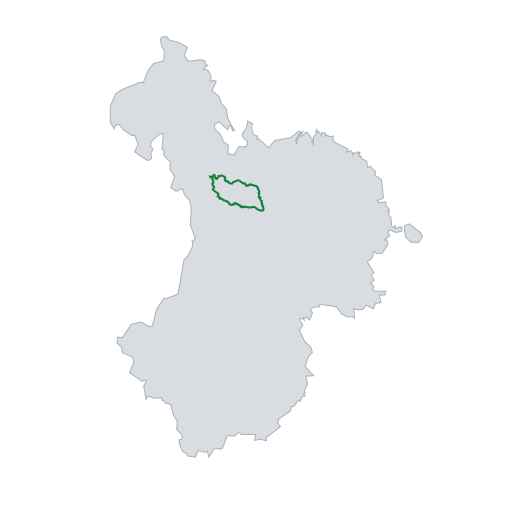 location of Shanxi within China, rotated 277°
{"feature_id": "CHN-1805", "entity_name": "Shanxi", "entity_type": "Province", "adm_level": 1, "iso_a3": "CHN", "parent_name": "China", "parent_adm1": "", "projection": "equal_earth", "projection_center": [112.547, 37.663], "detail": "fine", "context": "in_parent", "style": "outline", "palette": "green", "viewbox_px": 512, "rotation_deg": 277, "n_neighbors": 0, "source": "natural_earth", "source_scale": "10m", "svg_char_len": 9017}
<svg xmlns="http://www.w3.org/2000/svg" viewBox="0 0 512 512"><g transform="rotate(277 256 256)"><path d="M283.7,385.5L274.0,380.8L273.2,375.5L275.0,372.7L268.0,371.3L263.8,367.1L253.7,375.1L251.3,372.7L246.5,376.1L242.7,373.0L240.1,376.8L237.0,375.7L235.5,378.0L236.8,389.1L233.2,388.7L232.1,383.0L225.0,385.8L223.4,380.3L217.9,379.0L220.6,370.9L215.9,368.6L214.8,361.5L216.0,359.3L206.5,361.4L207.7,358.3L206.5,354.2L208.9,348.1L215.4,342.0L216.0,325.2L213.4,325.4L212.2,319.6L209.2,316.1L206.6,318.9L199.1,317.0L201.4,313.5L200.5,310.7L198.3,312.0L200.0,308.8L197.8,306.9L192.9,310.9L187.4,308.2L177.0,314.8L172.3,321.5L167.1,323.6L162.2,320.2L152.3,318.1L144.2,327.7L142.8,320.1L135.2,322.8L128.1,320.0L126.4,321.7L124.6,319.9L123.4,321.9L121.4,318.3L117.3,317.9L117.8,315.2L111.3,312.1L110.7,309.1L106.9,309.4L96.8,298.3L92.2,298.2L89.7,301.1L76.7,288.0L74.0,288.9L74.6,282.6L72.8,277.3L78.8,277.4L77.1,263.1L79.2,260.3L74.8,257.0L74.1,249.3L61.4,246.2L59.9,243.9L60.3,238.4L50.7,233.8L56.3,231.5L55.0,229.5L55.9,222.2L49.0,220.3L49.2,212.6L51.3,211.5L52.7,207.2L59.2,203.3L64.4,202.0L64.7,204.9L69.2,204.5L74.3,198.4L82.7,198.0L87.6,193.6L98.5,189.3L99.0,183.8L101.8,182.0L101.0,180.5L103.9,179.4L102.4,171.2L104.2,165.9L100.4,164.4L113.2,160.4L118.4,162.3L119.4,159.8L117.7,158.3L124.7,144.7L135.7,147.8L140.6,145.8L143.7,135.3L149.5,133.5L152.4,128.9L158.5,128.3L158.8,133.3L173.0,140.6L176.5,150.0L172.9,158.9L174.0,161.7L191.3,163.9L203.0,169.7L202.6,171.7L208.8,183.3L243.2,184.9L247.5,188.3L257.9,191.9L263.3,190.8L263.3,192.7L266.5,193.3L278.9,187.1L296.4,185.8L303.6,182.8L307.7,177.8L314.0,174.6L310.4,168.9L313.8,162.9L325.0,165.6L331.5,160.0L338.9,159.5L344.6,152.3L349.6,151.7L350.3,149.8L366.2,149.1L365.0,145.1L356.8,138.0L352.1,138.0L349.4,140.8L345.5,139.0L340.0,140.5L337.5,136.8L344.6,122.8L352.4,125.4L361.1,120.9L360.3,118.1L365.6,108.5L369.7,104.5L368.9,100.8L365.0,99.6L370.7,95.2L386.9,93.1L399.9,97.1L404.8,102.4L414.3,119.7L414.4,123.0L427.2,126.4L434.5,130.8L438.5,140.5L448.1,140.3L452.1,137.0L459.3,134.8L461.8,135.8L463.0,140.3L459.6,143.8L458.7,152.7L454.9,162.3L446.3,160.6L441.0,164.8L444.1,177.5L443.2,181.7L439.0,183.3L439.9,185.0L435.2,180.9L434.3,185.7L429.4,189.4L423.4,189.8L425.4,193.2L424.6,195.2L414.6,192.2L410.1,199.5L402.8,203.5L398.8,208.3L389.1,211.3L377.9,219.2L377.4,217.4L381.3,215.7L382.2,213.2L378.4,213.2L378.3,211.8L384.8,203.1L381.6,198.9L377.2,199.5L372.6,205.5L365.3,209.9L362.6,215.1L354.3,215.5L353.6,222.0L362.6,225.5L362.9,232.0L365.3,233.8L368.6,233.7L371.9,228.8L375.3,227.4L381.7,230.8L388.9,231.4L386.8,236.7L383.9,235.5L376.1,238.5L375.1,243.2L371.9,242.5L372.6,244.5L365.0,255.2L373.0,260.6L377.7,275.9L385.0,283.2L384.5,285.1L375.5,281.2L372.0,282.8L376.9,282.4L385.2,291.2L378.7,297.7L375.4,297.7L373.6,299.2L381.3,298.6L387.4,302.8L383.3,306.5L386.7,306.4L386.4,309.9L383.0,309.9L384.8,311.7L383.4,314.7L384.4,318.1L381.0,317.8L378.2,320.9L373.3,334.4L370.0,332.9L372.2,337.4L369.2,340.1L366.8,339.5L370.3,340.6L370.5,346.7L367.2,346.1L368.0,348.3L365.8,348.5L363.5,354.3L357.4,355.8L359.1,358.1L354.0,364.6L350.6,364.1L347.4,371.1L329.1,375.4L325.4,369.5L323.9,371.4L325.6,378.3L322.1,378.5L318.4,382.8L316.7,380.8L316.3,383.2L313.6,382.1L311.0,385.0L302.0,387.2L300.1,391.2L302.8,395.5L301.5,397.8L298.0,397.1L296.4,391.5L298.4,385.8L295.7,383.7L292.6,386.4L287.6,381.5L287.7,384.3L283.7,385.5ZM303.8,399.4L306.5,404.2L299.3,416.5L295.1,418.9L289.0,415.6L288.7,407.8L293.3,401.9L303.8,399.4ZM385.3,287.1L382.8,286.6L380.5,284.1L382.4,284.6L385.3,287.1ZM388.8,300.8L386.9,301.4L386.5,300.1L388.8,300.8ZM372.1,344.7L371.1,346.3L371.2,344.2L372.1,344.7ZM301.0,390.6L302.9,389.8L302.7,391.0L301.0,390.6Z" fill="#d9dde1" stroke="#a8b0b8" stroke-width="1"/><path d="M329.1,200.9L329.1,201.5L329.4,202.0L329.6,202.2L329.7,202.4L329.8,202.6L329.8,203.2L330.0,204.2L330.1,204.3L330.7,204.4L331.1,204.4L331.5,204.5L331.5,204.8L331.2,205.0L330.1,205.3L329.7,205.6L328.8,205.9L328.7,206.0L328.6,206.7L328.5,206.9L328.4,206.8L328.3,206.7L328.2,206.5L328.1,206.4L327.8,206.9L327.6,207.1L327.6,207.4L327.6,207.5L328.2,207.8L328.4,208.2L328.5,208.3L329.4,208.5L329.7,208.8L330.4,208.9L330.7,208.9L330.8,208.9L330.9,209.1L330.9,209.9L330.8,210.4L330.9,210.7L331.1,211.1L331.3,211.2L331.4,211.3L331.6,211.5L331.8,211.8L331.8,212.3L331.4,213.2L331.3,213.6L331.1,213.9L331.0,214.1L331.0,214.7L330.9,215.0L330.8,215.3L330.3,215.5L330.0,216.0L329.8,216.1L329.2,216.1L328.8,216.0L328.4,215.6L328.0,215.7L327.6,215.9L327.3,216.0L327.1,216.1L327.0,216.3L326.9,216.8L326.5,217.1L326.5,217.3L326.6,217.7L326.7,218.0L327.0,218.3L327.0,218.5L326.4,219.2L326.0,219.3L326.0,219.8L325.9,219.8L325.6,219.9L325.5,220.0L324.9,220.9L324.9,221.1L325.0,221.8L324.9,222.2L324.8,222.5L325.0,223.6L325.9,223.9L326.2,224.1L326.4,224.4L326.7,224.5L326.9,225.0L327.2,225.5L327.4,226.1L327.5,226.3L327.7,226.6L328.1,227.4L328.4,228.2L328.9,228.7L329.0,228.9L328.9,229.7L328.6,230.5L328.4,230.9L327.9,231.5L327.8,231.9L327.5,232.2L327.5,232.4L327.4,232.8L327.3,233.2L326.9,233.6L326.6,233.9L326.5,234.0L326.5,234.4L326.5,234.6L326.5,234.9L326.7,235.3L326.7,236.1L326.7,236.3L326.2,236.3L325.9,236.8L325.5,237.2L325.2,237.3L324.8,237.5L324.5,237.5L324.4,237.6L324.6,238.0L324.5,238.3L324.8,238.8L324.9,239.1L325.1,239.3L325.0,239.6L325.0,239.9L325.2,240.1L325.5,240.2L325.7,240.3L326.1,240.7L326.4,241.1L326.4,241.3L326.0,242.3L326.2,242.6L326.0,242.8L326.2,243.2L326.1,243.6L326.1,243.9L326.1,244.0L326.0,244.6L325.9,244.7L325.7,244.8L325.7,245.4L325.7,245.8L325.7,246.1L325.5,246.4L325.5,246.7L325.4,247.4L325.6,247.7L325.6,247.8L325.5,248.0L325.1,248.2L324.9,248.5L324.7,248.9L324.6,249.0L324.3,249.2L323.6,249.4L323.4,249.4L323.4,249.7L323.3,249.8L323.1,249.8L322.8,250.0L322.5,250.1L322.3,250.3L322.2,250.5L321.4,250.7L321.2,250.9L321.0,251.2L320.6,251.5L319.9,251.5L319.3,251.2L319.1,250.9L318.8,250.9L318.5,251.1L318.3,251.5L317.9,251.7L317.7,251.7L317.1,251.6L316.6,251.7L315.3,251.5L315.1,251.6L314.8,251.5L314.6,251.6L314.6,252.7L314.5,253.3L313.9,252.9L313.6,252.9L313.4,252.9L313.0,253.0L312.8,253.3L312.5,253.4L312.4,253.6L312.0,253.7L311.9,253.8L311.9,254.0L311.6,254.2L311.4,254.6L311.2,254.7L311.2,255.0L310.1,255.3L309.8,255.4L309.5,255.2L309.4,255.3L309.1,255.5L308.9,255.4L308.8,255.6L308.7,255.7L308.2,255.4L308.1,255.5L308.0,255.8L307.9,255.9L307.3,256.1L307.0,256.4L306.9,256.4L306.6,256.3L306.6,256.7L306.3,256.9L305.4,257.0L305.2,257.1L305.1,257.3L304.6,257.5L304.1,257.5L303.8,257.7L303.5,257.4L303.3,257.4L303.1,257.4L303.0,257.6L302.9,257.6L302.7,257.4L302.1,257.3L301.9,257.2L301.8,256.9L301.7,256.4L301.7,255.6L301.7,255.4L301.9,255.2L302.0,254.9L301.9,254.6L301.9,254.3L301.9,254.1L302.1,253.7L302.1,253.3L302.2,252.9L302.4,251.9L302.6,251.5L302.7,251.4L303.1,251.0L303.2,250.6L303.3,250.5L303.6,250.0L303.8,249.9L303.9,249.7L304.1,249.2L304.3,248.6L304.5,248.2L304.4,247.8L304.2,247.1L304.1,245.8L303.9,245.5L303.7,245.5L303.7,245.0L303.6,244.6L303.3,243.1L303.3,242.7L303.5,242.1L303.5,241.9L303.4,241.4L303.4,241.1L303.5,240.6L303.6,240.2L303.7,239.9L303.7,239.5L303.6,239.0L303.6,238.9L302.9,238.0L303.0,237.9L303.2,238.0L303.2,237.8L303.3,237.6L303.1,237.6L303.1,237.4L302.9,237.2L303.0,237.1L303.1,236.9L303.1,236.6L302.9,236.2L303.0,236.0L303.1,235.7L303.2,235.4L302.9,235.2L302.9,234.9L303.0,234.9L303.2,235.0L303.4,234.9L303.2,234.8L303.5,234.6L303.6,234.3L303.8,234.2L303.9,233.8L304.0,233.7L304.7,232.8L304.8,232.6L305.0,232.4L305.0,232.2L305.1,231.9L304.8,231.7L304.7,231.6L304.7,231.4L304.7,231.2L304.8,231.1L305.1,231.0L305.4,230.8L305.7,230.1L305.8,229.9L305.7,229.5L305.6,229.3L305.7,229.2L305.9,229.0L305.7,228.8L305.2,228.5L305.5,228.3L305.6,228.2L305.0,227.8L304.9,227.6L304.4,226.6L304.1,226.3L303.9,226.3L303.9,225.9L303.8,225.0L303.9,224.5L303.8,224.4L303.9,224.0L304.0,224.0L304.2,223.9L304.3,223.8L304.4,223.2L304.5,223.2L304.9,223.1L305.0,223.0L305.3,222.6L305.6,222.4L305.8,222.0L305.9,221.8L306.2,221.8L306.3,221.7L306.4,221.3L306.6,221.0L306.7,220.6L306.5,220.3L306.5,220.2L306.7,219.6L306.8,219.4L307.0,219.1L307.0,218.8L307.2,218.4L307.3,217.8L307.4,217.6L307.2,217.0L307.3,216.7L307.5,216.5L308.0,216.3L308.2,216.1L308.3,215.8L308.5,215.1L309.0,214.0L308.9,213.9L308.7,213.7L308.5,213.4L308.4,213.5L308.2,213.2L308.3,213.0L308.5,212.9L308.8,212.8L309.4,212.9L309.6,212.8L309.8,212.7L310.0,212.3L310.3,212.0L310.3,211.8L310.3,211.0L310.5,211.1L310.5,210.9L310.8,210.8L312.1,210.9L312.3,211.2L312.6,211.3L313.3,211.0L313.8,210.4L313.9,210.1L314.0,209.6L314.3,209.2L314.5,208.6L315.0,207.6L315.5,207.1L315.8,206.4L315.9,206.1L316.2,205.6L316.8,205.3L317.1,205.0L317.4,205.1L318.0,205.4L318.4,205.5L319.0,205.9L319.1,206.1L319.4,206.1L319.9,205.8L320.1,205.6L320.7,204.7L320.9,204.5L321.8,204.0L322.5,203.8L322.9,204.0L323.0,204.1L323.2,204.5L323.3,204.7L323.6,204.8L324.2,204.7L324.5,204.6L324.8,204.5L325.8,203.8L326.0,203.7L326.5,203.8L326.7,203.7L327.3,203.4L328.4,203.2L328.5,203.1L328.6,202.8L328.3,202.2L328.2,202.0L328.2,201.8L328.3,201.7L328.5,201.4L329.1,200.9Z" fill="none" stroke="#15803d" stroke-width="2"/></g></svg>